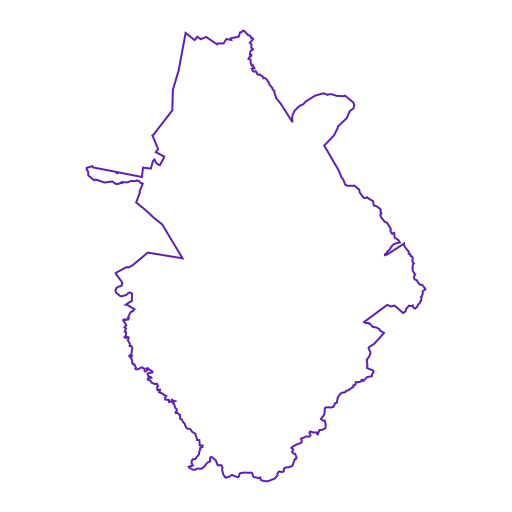 San Pedro Lagunillas, Nayarit, Mexico (orthographic projection)
{"feature_id": "50627088B36429080609607", "entity_name": "San Pedro Lagunillas", "entity_type": "district", "adm_level": 2, "iso_a3": "MEX", "parent_name": "Mexico", "parent_adm1": "Nayarit", "projection": "orthographic", "projection_center": [-104.74, 21.167], "detail": "fine", "context": "isolated", "style": "outline", "palette": "violet", "viewbox_px": 512, "rotation_deg": 0, "n_neighbors": 0, "source": "geoboundaries", "source_scale": "gbopen_adm2", "svg_char_len": 6049}
<svg xmlns="http://www.w3.org/2000/svg" viewBox="0 0 512 512"><path d="M277.4,473.5L278.9,471.5L282.5,472.1L283.8,471.0L283.9,468.6L286.0,467.4L289.0,467.3L292.4,465.8L294.8,459.3L296.2,458.8L296.4,456.9L294.9,453.6L293.5,453.6L292.0,451.8L293.2,450.1L293.0,449.1L291.4,447.9L293.2,446.3L297.9,443.9L300.8,443.1L301.6,442.0L301.7,440.5L300.9,438.6L304.2,437.5L305.7,436.5L309.5,436.5L310.5,435.6L310.0,433.4L309.4,432.9L310.1,431.5L313.9,432.6L316.4,432.3L317.0,432.6L317.0,433.8L317.8,434.3L319.4,430.0L321.7,430.0L325.4,428.3L325.8,424.7L324.7,420.6L322.3,420.4L320.9,418.9L323.4,415.8L324.6,413.3L324.8,408.4L325.5,407.6L328.3,407.2L330.2,407.6L333.4,406.9L335.3,403.1L336.8,402.7L337.7,397.8L340.0,394.0L342.2,392.7L345.2,392.2L346.1,390.8L348.2,390.4L351.9,387.6L353.4,387.1L353.3,385.4L355.3,384.8L355.9,382.0L357.6,382.3L361.2,381.4L361.3,380.7L361.9,380.6L361.8,379.9L362.5,379.7L363.5,380.9L367.2,377.1L371.9,376.2L372.0,374.5L373.3,372.4L373.5,370.8L367.1,368.0L367.4,364.5L366.7,359.7L369.0,356.9L370.4,353.4L370.4,352.1L368.5,348.4L369.2,347.0L374.2,343.8L384.0,333.0L379.6,330.2L379.4,329.2L376.7,327.6L372.7,326.9L370.0,323.8L368.7,323.1L368.4,323.5L367.8,323.0L365.5,323.1L364.1,322.0L387.2,304.9L391.1,306.5L394.6,305.6L403.2,313.1L405.6,311.2L406.0,309.1L408.9,305.7L411.6,306.1L412.7,305.5L413.8,308.1L415.2,308.6L417.3,306.6L418.1,304.5L419.7,303.2L420.5,301.1L421.0,300.9L421.5,297.9L420.9,297.0L422.0,295.9L422.8,293.5L422.7,291.3L425.4,289.2L423.2,285.9L421.8,284.8L419.9,284.7L417.7,282.1L417.0,280.4L414.8,279.4L414.1,278.5L414.1,276.1L415.2,274.5L412.7,270.9L412.5,267.6L413.1,264.1L413.9,263.3L412.2,261.4L412.8,257.9L411.9,256.3L410.5,256.0L410.0,253.9L408.8,253.8L408.5,251.0L406.9,249.7L404.8,246.7L404.1,245.5L404.0,243.6L387.6,254.3L385.0,255.1L385.2,254.0L386.8,253.6L387.1,252.0L390.2,249.1L390.7,247.5L393.3,244.5L396.0,243.3L399.9,242.4L398.4,240.1L394.7,237.7L394.2,233.0L393.6,232.7L392.2,233.9L391.5,233.1L390.3,230.6L390.9,229.2L387.7,223.7L387.1,222.9L384.6,221.7L381.1,217.3L380.3,214.2L381.4,213.4L380.5,211.1L380.8,209.9L379.8,208.6L376.6,206.3L373.9,205.4L373.0,201.1L369.0,198.9L367.2,197.3L365.2,198.1L363.6,197.7L359.8,192.6L359.2,189.7L354.5,185.7L347.7,185.9L345.0,184.4L343.5,180.0L341.6,177.5L338.4,169.9L324.2,145.5L334.0,135.4L337.4,128.6L337.9,126.5L346.7,118.2L349.9,110.9L353.4,108.5L354.3,104.9L353.2,102.4L345.1,95.7L343.7,96.2L336.9,95.9L331.5,94.2L328.4,94.4L327.5,94.9L324.8,93.6L323.1,93.4L315.0,95.7L305.7,101.5L303.3,104.2L299.4,106.0L294.7,110.6L292.6,114.8L292.1,117.7L292.5,122.2L280.8,103.8L276.2,98.1L274.3,92.0L274.4,91.0L272.5,89.3L272.5,88.2L269.4,84.6L269.2,83.3L266.6,79.2L264.7,77.9L263.5,78.3L262.7,76.6L259.9,74.6L259.0,75.0L257.4,74.2L256.2,71.5L255.0,71.3L254.2,71.8L252.6,70.9L252.6,69.6L251.8,68.7L253.2,68.0L254.3,68.2L252.6,64.8L251.8,65.5L250.6,63.3L250.6,59.6L248.5,58.8L249.3,57.4L251.2,55.9L251.3,55.0L250.2,55.0L249.8,54.5L250.6,50.8L253.0,49.5L251.2,47.4L251.5,44.5L249.8,42.7L253.1,39.3L252.8,38.3L251.5,38.1L250.8,37.4L250.5,36.0L247.9,34.9L244.2,30.9L242.9,30.7L241.7,32.1L240.1,32.4L238.7,36.7L230.7,38.3L231.3,40.0L226.4,39.0L223.6,43.4L217.8,43.5L217.2,44.4L206.2,37.0L200.7,39.2L197.3,36.7L194.7,40.1L185.6,33.0L178.6,70.7L172.9,89.7L172.3,110.4L153.5,134.7L152.4,135.4L158.1,149.0L155.8,152.1L164.2,156.6L163.8,158.2L159.7,165.2L157.5,164.1L156.1,162.7L154.4,159.5L153.0,160.9L150.8,168.6L143.0,167.6L141.9,177.0L117.7,172.2L117.4,173.2L116.7,172.9L117.2,172.1L92.9,167.4L92.3,166.2L86.8,167.8L86.6,169.7L88.2,171.7L88.2,175.3L94.1,180.3L95.7,179.5L104.3,182.5L112.4,181.5L115.9,184.0L119.0,183.8L120.2,183.0L121.9,183.1L121.8,182.1L127.1,182.4L131.0,181.0L135.8,181.1L136.9,180.4L138.9,181.1L140.5,182.8L142.8,183.7L139.5,191.8L139.9,192.3L136.2,202.5L145.4,209.9L154.2,218.1L162.2,224.4L182.5,258.3L147.8,252.6L132.2,265.6L128.2,267.5L126.9,267.1L124.5,268.1L115.7,273.0L115.8,273.8L121.6,281.5L122.3,283.6L121.4,285.9L118.5,286.7L116.5,287.9L115.4,290.5L116.2,292.8L120.2,296.0L121.7,296.3L126.2,295.0L128.6,292.9L129.8,292.5L131.8,293.4L132.1,294.3L131.8,301.2L129.6,302.1L125.8,304.7L127.2,304.9L134.4,309.2L132.7,311.3L131.6,311.3L130.2,312.9L128.0,317.7L128.8,318.2L128.1,319.6L126.4,319.5L125.5,320.1L124.8,319.3L123.3,319.7L123.2,320.4L126.3,325.3L124.5,327.4L126.0,328.5L124.7,331.7L125.9,332.3L126.2,333.1L125.6,336.0L124.5,337.1L126.0,337.9L127.6,336.9L128.8,337.6L127.8,340.1L129.9,344.0L129.7,346.0L131.3,346.0L132.4,348.3L131.4,353.2L131.7,355.6L130.5,355.1L129.4,355.5L129.3,356.4L131.0,357.0L130.9,358.3L131.5,358.6L132.4,361.7L132.1,362.8L133.3,364.4L134.2,364.2L135.9,367.8L135.4,368.9L137.4,369.5L141.8,367.3L144.3,368.8L144.7,371.2L145.8,371.4L147.6,369.9L146.5,368.5L147.9,368.2L148.1,368.8L152.5,371.5L152.3,372.5L148.5,373.1L147.7,373.7L148.2,376.1L150.6,376.9L151.3,377.7L147.8,378.6L148.0,379.8L150.4,380.8L152.0,382.9L154.8,384.0L157.0,383.8L158.0,386.1L157.2,386.8L157.2,389.9L157.9,390.3L159.9,389.5L160.2,389.8L159.2,392.3L162.7,393.7L163.3,394.6L166.2,396.0L165.1,397.6L165.2,399.5L169.1,400.1L168.9,401.9L171.2,401.8L172.1,399.7L173.1,400.6L175.1,401.2L173.4,402.0L173.0,403.6L174.1,404.2L175.3,408.1L176.6,409.0L176.9,410.6L175.6,412.2L175.7,413.0L177.7,413.0L178.9,414.5L179.9,414.7L180.3,418.9L181.7,419.3L183.1,422.1L184.7,423.7L185.5,426.3L187.0,428.5L190.4,429.2L192.0,431.7L195.6,433.9L195.6,435.3L196.6,437.4L197.0,439.9L199.4,440.2L199.8,445.4L202.5,445.5L202.5,447.0L200.1,448.1L200.1,449.9L199.2,451.7L199.0,454.2L195.2,459.1L192.9,459.2L191.8,460.7L191.6,463.3L192.9,465.4L188.7,466.8L189.3,467.7L192.6,469.5L194.6,469.9L197.5,468.6L201.5,468.7L204.1,466.9L207.2,462.8L210.1,461.4L210.1,457.8L210.5,457.3L211.6,457.0L215.6,460.1L217.7,465.2L221.3,465.2L222.4,467.3L222.2,470.6L223.6,475.1L225.6,477.7L228.9,476.8L231.9,474.9L237.6,477.3L238.7,476.8L239.6,473.8L240.6,473.1L245.2,472.5L248.8,472.9L250.7,472.5L252.2,473.2L253.3,476.6L254.1,477.1L258.9,478.1L260.1,477.5L260.8,479.8L262.4,480.6L265.3,481.3L268.1,481.1L274.7,478.6L277.5,475.3L277.4,473.5Z" fill="none" stroke="#5b21b6" stroke-width="2"/></svg>